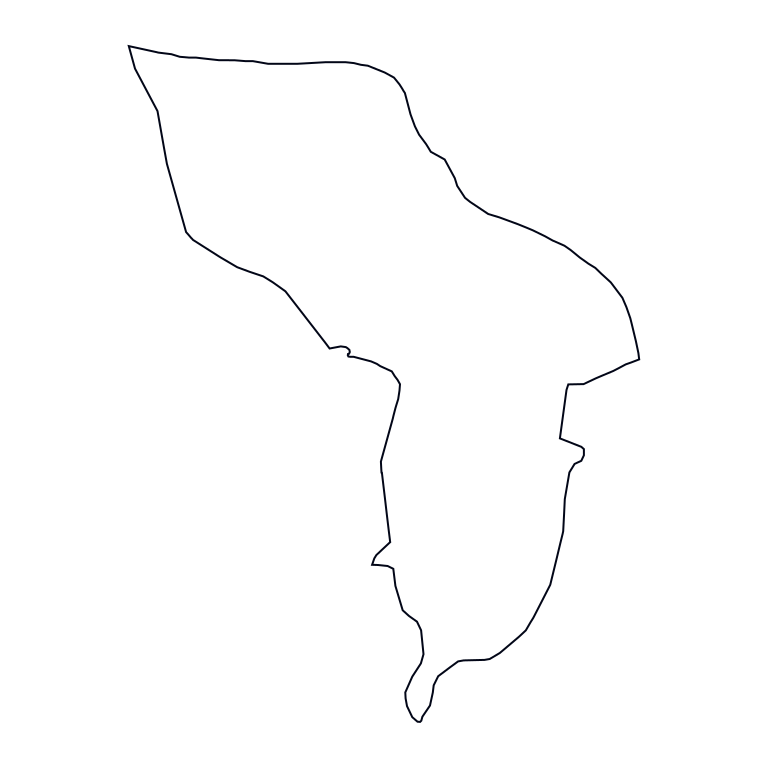 Ghamr, Sa`dah, Yemen
{"feature_id": "15242507B39304781263457", "entity_name": "Ghamr", "entity_type": "district", "adm_level": 2, "iso_a3": "YEM", "parent_name": "Yemen", "parent_adm1": "Sa`dah", "projection": "natural_earth1", "projection_center": [43.319, 16.975], "detail": "fine", "context": "isolated", "style": "outline", "palette": "ink", "viewbox_px": 768, "rotation_deg": 0, "n_neighbors": 0, "source": "geoboundaries", "source_scale": "gbopen_adm2", "svg_char_len": 2455}
<svg xmlns="http://www.w3.org/2000/svg" viewBox="0 0 768 768"><path d="M128.8,46.1L135.0,68.6L157.5,111.1L164.0,147.8L166.9,163.8L186.1,232.1L188.5,234.8L191.4,238.2L191.8,238.5L193.0,239.9L218.6,256.2L221.2,257.8L234.3,265.5L237.2,267.2L249.6,271.8L263.3,276.4L272.8,282.3L285.4,291.3L294.1,302.5L323.0,339.8L324.5,341.7L329.6,348.5L340.8,346.4L345.8,347.1L347.4,348.1L349.4,349.9L349.8,352.0L349.1,353.7L348.0,354.0L347.8,355.3L348.4,356.5L350.3,356.8L353.6,356.8L371.1,361.4L376.9,363.9L380.2,366.1L391.8,371.4L394.7,376.1L397.5,379.8L400.0,384.2L399.5,390.5L398.2,399.1L396.4,404.9L395.5,407.9L393.5,415.6L392.8,418.6L380.9,461.6L381.3,469.4L381.5,472.6L381.9,472.7L385.0,498.8L386.7,513.4L388.8,531.0L389.9,539.8L390.0,541.0L390.2,542.1L376.4,555.0L374.3,558.4L372.1,564.8L378.0,565.0L387.6,566.0L393.3,568.8L395.4,585.9L402.7,610.3L408.9,615.9L417.0,621.7L421.1,630.3L423.5,654.2L420.9,663.4L412.3,676.6L405.3,692.4L405.6,698.4L407.0,706.1L412.3,717.2L417.5,721.7L420.1,721.9L421.3,720.7L422.4,716.7L430.0,705.5L432.8,692.6L433.7,685.3L438.2,676.2L450.3,667.1L458.1,661.4L463.7,660.4L484.5,659.9L489.7,659.0L490.2,658.7L499.8,653.0L518.8,636.9L525.8,630.4L530.7,622.0L533.2,618.0L534.0,616.5L541.6,601.7L550.2,584.9L550.4,584.2L556.3,560.0L560.5,542.5L562.6,534.0L563.2,531.2L564.1,513.8L564.8,499.1L569.4,472.4L574.6,463.9L581.3,460.8L583.9,455.3L583.9,449.1L581.3,446.8L579.2,446.0L559.9,438.4L566.5,390.0L566.6,389.6L568.3,384.4L583.6,384.1L595.9,378.3L602.7,375.4L613.2,371.0L618.8,368.1L625.7,364.4L630.8,362.6L639.2,359.4L639.0,358.0L638.4,353.1L635.9,341.2L631.9,324.6L630.3,318.2L626.4,307.1L622.4,297.8L610.8,282.4L603.5,275.7L601.5,273.9L595.3,267.9L588.3,263.6L586.8,262.5L579.9,257.6L570.6,250.0L564.4,245.7L553.8,241.0L552.8,240.6L545.1,236.3L532.8,230.3L526.6,227.7L518.2,224.3L508.7,220.8L499.7,217.5L499.1,217.3L488.2,214.0L470.4,202.1L468.1,200.3L467.1,199.5L465.0,197.8L457.2,185.9L454.8,178.2L444.7,159.5L430.8,151.8L428.4,147.8L426.1,144.1L419.1,134.7L415.4,127.3L414.9,126.3L414.5,125.2L410.5,114.3L404.9,93.0L403.5,90.9L402.3,88.8L399.5,84.4L394.0,77.6L384.7,72.5L367.8,65.7L360.9,64.8L354.0,63.1L347.5,62.4L345.5,62.2L332.5,62.2L325.6,62.2L308.0,63.2L297.2,63.8L288.8,63.8L278.0,63.8L268.1,63.8L252.7,61.1L245.1,61.1L235.1,60.3L225.9,60.2L219.0,60.2L200.9,58.2L196.0,57.6L189.1,57.6L184.7,57.2L179.8,56.8L171.4,54.2L158.4,52.6L157.5,52.4L156.8,52.2L143.5,49.3L128.8,46.1Z" fill="none" stroke="#020617" stroke-width="2"/></svg>